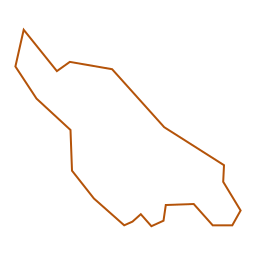 Delvinë, Vlorë, Albania
{"feature_id": "67620474B1879164611880", "entity_name": "Delvinë", "entity_type": "district", "adm_level": 2, "iso_a3": "ALB", "parent_name": "Albania", "parent_adm1": "Vlorë", "projection": "robinson", "projection_center": [20.095, 39.973], "detail": "fine", "context": "isolated", "style": "outline", "palette": "amber", "viewbox_px": 256, "rotation_deg": 0, "n_neighbors": 0, "source": "geoboundaries", "source_scale": "gbopen_adm2", "svg_char_len": 387}
<svg xmlns="http://www.w3.org/2000/svg" viewBox="0 0 256 256"><path d="M23.7,29.8L15.4,66.5L36.5,98.6L70.5,130.0L72.0,170.7L93.9,198.5L124.2,225.3L132.5,221.6L140.8,214.2L151.4,226.2L163.5,220.7L165.8,205.0L193.7,204.0L212.7,225.3L232.3,225.3L240.6,210.5L223.2,181.8L224.0,165.2L164.2,127.2L112.1,69.2L69.8,61.9L56.9,71.1L23.7,29.8Z" fill="none" stroke="#b45309" stroke-width="2"/></svg>